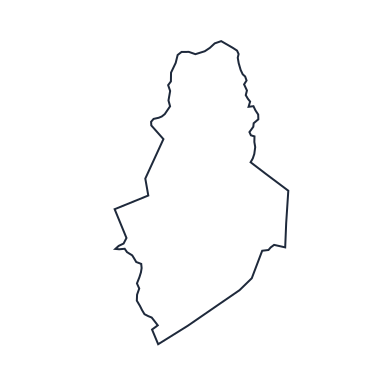 Cruzeta, Rio Grande do Norte, Brazil (Mercator projection), rotated 44°
{"feature_id": "56859067B25758892564253", "entity_name": "Cruzeta", "entity_type": "district", "adm_level": 2, "iso_a3": "BRA", "parent_name": "Brazil", "parent_adm1": "Rio Grande do Norte", "projection": "mercator", "projection_center": [-36.841, -6.359], "detail": "fine", "context": "isolated", "style": "outline", "palette": "slate", "viewbox_px": 384, "rotation_deg": 44, "n_neighbors": 0, "source": "geoboundaries", "source_scale": "gbopen_adm2", "svg_char_len": 1272}
<svg xmlns="http://www.w3.org/2000/svg" viewBox="0 0 384 384"><g transform="rotate(44 192 192)"><path d="M281.4,149.0L260.4,124.2L233.1,127.6L213.5,129.9L212.4,125.6L210.4,121.4L206.3,115.8L202.1,112.7L198.3,108.6L195.0,110.3L191.7,109.0L190.8,102.5L188.6,99.7L189.2,93.6L185.8,90.3L180.9,89.2L176.6,87.6L173.5,91.4L171.0,86.6L167.4,86.1L163.4,85.0L161.0,80.8L154.7,78.4L153.8,73.9L150.0,72.0L146.7,72.1L142.2,70.4L136.1,66.9L131.6,63.6L129.7,60.4L126.2,59.0L121.5,59.9L108.2,63.2L105.1,69.3L104.7,76.0L103.4,81.9L98.7,90.5L92.4,93.4L87.2,98.5L86.5,103.4L90.6,110.5L94.0,120.7L100.0,127.1L100.6,131.7L106.1,134.5L111.5,142.5L116.7,145.6L118.3,154.9L117.8,158.7L116.5,161.7L113.6,166.1L113.8,169.9L116.5,172.4L134.7,173.8L149.1,214.8L163.0,224.9L148.3,258.1L176.8,270.6L178.6,276.6L176.7,281.7L176.4,286.2L179.5,283.7L183.0,279.6L187.1,280.4L193.0,279.1L196.2,279.9L200.5,281.1L205.4,279.0L208.6,281.7L211.1,285.3L213.4,289.9L215.9,296.0L221.1,298.1L223.8,304.0L227.8,308.5L233.7,310.1L238.2,311.7L242.7,312.9L246.7,311.7L250.2,310.3L254.6,310.9L260.0,311.7L258.8,318.7L273.4,325.0L281.9,291.1L289.5,253.6L294.4,229.5L294.9,212.5L283.3,185.5L287.3,180.6L287.1,177.2L287.8,173.0L293.7,169.4L297.5,167.1L281.4,149.0Z" fill="none" stroke="#1e293b" stroke-width="2"/></g></svg>